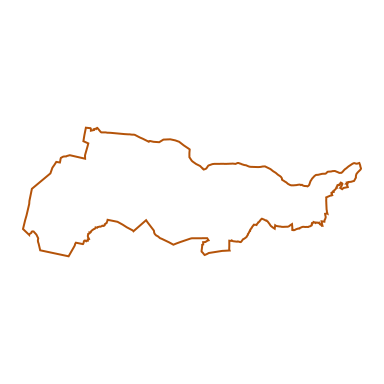 outline of Pischia, Timis, Romania
{"feature_id": "2599482B13356223768188", "entity_name": "Pischia", "entity_type": "district", "adm_level": 2, "iso_a3": "ROU", "parent_name": "Romania", "parent_adm1": "Timis", "projection": "equal_earth", "projection_center": [21.424, 45.908], "detail": "fine", "context": "isolated", "style": "outline", "palette": "amber", "viewbox_px": 384, "rotation_deg": 0, "n_neighbors": 0, "source": "geoboundaries", "source_scale": "gbopen_adm2", "svg_char_len": 5923}
<svg xmlns="http://www.w3.org/2000/svg" viewBox="0 0 384 384"><path d="M311.7,225.4L311.9,224.7L311.7,224.3L312.1,223.9L311.9,223.4L312.0,223.0L312.4,222.8L312.7,222.9L313.7,222.6L313.8,222.5L313.8,222.1L314.3,222.3L315.2,222.4L315.3,222.6L315.3,222.9L315.6,223.1L316.7,222.5L317.4,222.6L317.7,222.8L318.1,222.8L318.8,222.7L318.7,223.1L319.7,223.5L319.9,224.1L320.4,224.2L320.3,224.5L320.5,224.7L321.0,224.7L321.3,225.0L321.8,225.2L321.9,225.8L322.5,225.8L321.9,223.5L321.6,221.3L324.4,221.7L324.5,220.7L324.7,219.8L325.2,219.0L325.5,218.0L325.7,217.3L325.6,216.3L325.3,215.2L325.1,213.8L327.2,213.5L327.4,213.6L326.9,211.7L326.8,210.3L326.6,209.7L326.3,203.2L326.3,202.2L326.2,200.9L326.3,198.4L326.2,197.4L330.9,195.4L331.5,195.5L332.2,195.2L331.9,194.7L332.0,194.2L331.5,193.4L331.4,192.9L332.1,192.4L332.3,192.6L332.8,192.0L333.3,192.0L333.1,191.6L333.2,191.2L333.9,191.1L334.3,190.2L334.7,190.0L335.7,189.0L336.3,187.7L336.8,187.7L336.5,187.2L337.2,186.1L337.2,185.8L338.4,184.9L339.0,185.2L339.3,185.1L339.3,184.9L338.9,184.7L339.9,184.4L339.9,184.0L340.3,183.7L340.3,183.3L340.8,182.6L341.8,183.1L342.4,183.7L342.4,183.9L341.6,185.9L340.2,187.9L342.2,189.2L342.5,189.0L342.8,188.5L343.4,188.0L347.8,187.1L347.6,186.3L346.8,184.6L347.4,184.1L347.3,183.7L346.3,183.6L346.9,183.0L346.8,182.5L348.2,182.5L348.3,182.0L351.0,181.8L354.1,180.9L355.6,178.1L355.9,177.7L355.9,176.1L356.1,175.1L356.5,173.9L357.9,172.2L360.4,169.7L360.9,168.9L361.0,168.5L360.3,166.3L360.2,165.4L359.3,163.0L356.9,163.7L355.9,163.6L355.0,163.3L354.1,163.1L352.6,163.7L348.4,166.5L346.3,168.3L345.0,169.2L343.7,170.5L342.9,171.5L341.5,172.8L339.3,172.9L338.1,172.3L334.9,171.0L332.7,171.1L331.1,171.5L328.0,171.7L327.5,171.9L326.0,173.4L325.3,173.7L322.2,173.8L318.1,174.8L316.5,174.9L315.9,175.0L314.5,176.0L312.1,178.6L310.9,180.6L310.5,181.1L309.2,184.9L308.5,185.7L307.5,186.4L306.6,186.1L304.5,186.0L303.1,185.6L301.9,184.8L300.8,185.1L299.9,184.6L299.6,184.6L297.8,184.8L296.4,185.1L293.9,185.3L291.1,185.3L289.6,184.8L289.2,184.5L288.0,183.9L286.3,182.4L284.6,181.4L283.5,180.6L282.3,180.0L282.0,179.6L282.0,179.1L281.9,178.3L280.9,176.8L280.0,176.1L277.9,174.7L275.7,172.8L273.1,171.2L270.5,169.1L265.0,166.4L262.7,166.5L260.8,166.9L258.3,167.1L250.1,166.8L248.6,166.4L246.1,165.3L244.2,165.0L241.4,164.1L240.7,163.7L239.4,163.4L238.7,163.0L237.6,163.0L235.5,163.9L232.8,163.6L225.6,163.9L223.2,163.8L214.1,163.9L212.4,164.1L208.5,165.5L208.0,166.0L206.6,168.1L206.0,168.7L204.8,169.2L203.8,169.5L203.6,169.5L202.7,168.4L202.5,168.5L202.0,167.9L200.1,166.0L196.1,164.0L192.7,161.6L191.7,160.7L189.4,157.2L189.4,153.0L189.7,149.5L189.6,149.3L183.8,145.4L180.2,142.6L179.2,141.8L175.3,140.4L170.3,139.3L163.4,139.6L159.2,142.2L153.5,141.8L150.0,141.0L148.9,141.2L148.7,141.7L142.7,138.7L139.9,137.5L134.9,134.9L134.1,134.7L131.2,134.6L129.7,134.3L127.7,134.3L124.5,134.1L110.4,132.8L107.3,132.7L105.6,132.4L101.4,132.4L101.0,132.2L100.2,131.4L98.6,129.4L97.3,127.9L97.1,127.9L96.2,128.9L95.9,128.6L93.8,129.2L94.0,130.0L90.9,130.7L90.9,129.0L90.7,128.5L90.5,128.2L85.9,127.7L84.4,135.1L83.4,141.2L88.3,143.4L87.7,145.8L85.3,154.2L85.0,155.4L85.1,158.7L69.8,155.2L66.9,156.0L66.0,156.5L65.3,156.4L64.1,156.5L63.3,156.6L62.7,156.9L60.9,157.9L60.5,159.2L60.3,160.7L59.9,162.5L56.3,161.9L54.3,165.0L52.4,167.7L50.4,173.4L31.9,188.8L29.4,201.0L29.2,204.0L26.5,215.5L25.2,220.0L23.0,229.0L29.1,234.8L29.1,234.5L29.6,234.0L31.3,232.9L31.7,231.7L32.5,231.4L33.6,231.5L36.4,234.6L38.2,238.3L37.9,240.1L37.9,241.0L38.2,242.5L38.6,243.5L40.2,250.3L68.6,256.3L74.5,246.0L74.8,245.3L75.2,243.8L75.9,242.7L82.9,244.1L83.1,244.0L83.6,242.8L83.9,241.3L84.5,240.6L85.1,240.5L86.2,241.3L86.7,240.9L87.8,240.7L87.6,239.8L87.7,239.4L88.2,239.2L88.7,239.3L89.1,239.1L88.7,238.2L88.1,237.5L88.0,236.9L87.8,236.1L87.9,235.7L88.2,233.9L89.1,233.6L89.5,233.1L89.5,232.8L89.8,233.0L90.5,232.4L90.3,232.2L90.7,231.7L92.0,230.4L93.8,229.1L94.6,228.9L95.5,228.0L95.6,227.4L97.2,227.7L97.5,227.2L97.8,227.0L98.4,227.0L99.4,226.6L100.3,226.7L100.6,226.6L101.7,226.2L102.3,225.7L103.3,226.0L104.3,225.6L104.7,225.2L104.6,224.6L104.8,224.2L105.2,224.1L105.7,223.5L106.5,223.2L106.6,222.7L107.1,221.8L107.6,219.8L117.5,221.8L122.6,224.6L126.8,227.3L132.3,230.2L133.4,231.0L133.5,231.2L146.1,220.2L147.6,222.4L153.8,230.5L154.0,231.0L154.1,232.3L154.5,233.5L154.9,234.1L156.1,235.4L158.0,236.4L160.1,238.2L161.5,238.7L169.2,242.4L173.4,244.7L176.6,243.4L180.4,242.0L190.4,238.6L191.7,238.3L207.2,238.2L208.5,240.3L208.1,240.4L207.1,240.9L205.4,242.0L203.1,242.2L203.2,242.8L203.2,244.5L202.2,244.8L202.2,245.1L202.1,246.9L201.8,249.3L201.6,250.4L201.6,251.6L203.0,253.0L204.3,254.7L204.7,255.0L207.0,254.0L208.8,253.0L222.2,250.9L229.6,250.5L229.2,249.4L229.3,245.8L229.3,240.7L231.6,240.9L231.8,240.8L231.9,240.5L232.1,240.6L232.6,241.0L233.0,241.2L237.2,241.7L237.8,241.4L240.3,242.1L240.9,242.0L241.6,241.2L243.1,239.2L243.9,238.9L245.1,238.1L246.6,236.9L247.1,235.9L247.5,235.4L247.9,234.8L247.8,234.6L247.9,234.0L248.3,233.6L248.9,232.7L249.1,232.1L249.6,231.3L250.0,231.1L249.9,230.5L250.3,230.1L250.3,229.6L251.0,228.8L251.2,228.6L251.4,228.1L251.9,227.6L252.1,227.0L253.1,225.7L253.5,225.4L253.4,225.4L253.8,224.7L255.9,224.8L256.5,225.0L256.8,224.3L257.7,223.3L258.2,222.6L258.2,222.4L259.2,221.8L259.7,221.0L259.9,220.9L260.8,219.6L261.9,218.7L264.3,219.7L265.7,220.5L266.2,220.4L266.5,220.5L266.6,220.9L267.5,221.3L268.1,222.1L269.7,224.2L269.9,224.6L270.8,225.9L272.7,227.4L274.7,228.7L275.2,225.3L275.9,225.8L277.0,226.1L279.7,226.5L280.5,226.5L281.4,226.8L283.6,226.9L284.4,226.8L287.9,226.7L289.1,226.2L290.3,225.2L292.0,224.1L292.3,227.2L292.3,230.0L292.9,230.1L293.3,229.9L293.7,230.2L294.0,230.2L295.1,229.8L296.4,229.1L297.2,228.9L297.6,228.7L298.9,228.4L299.1,228.6L299.4,228.4L299.6,228.4L299.8,228.0L302.4,226.9L303.4,226.8L305.3,227.0L306.3,226.9L308.2,227.0L309.1,226.5L310.1,226.3L311.7,225.4Z" fill="none" stroke="#b45309" stroke-width="2"/></svg>